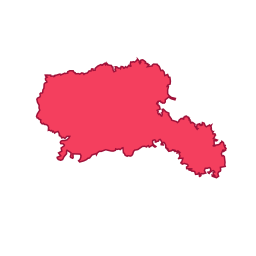 Jhenaidah, Khulna, Bangladesh, rotated 241°
{"feature_id": "16705992B77509092527129", "entity_name": "Jhenaidah", "entity_type": "district", "adm_level": 2, "iso_a3": "BGD", "parent_name": "Bangladesh", "parent_adm1": "Khulna", "projection": "albers", "projection_center": [89.072, 23.495], "detail": "fine", "context": "isolated", "style": "filled", "palette": "rose", "viewbox_px": 256, "rotation_deg": 241, "n_neighbors": 0, "source": "geoboundaries", "source_scale": "gbopen_adm2", "svg_char_len": 5883}
<svg xmlns="http://www.w3.org/2000/svg" viewBox="0 0 256 256"><g transform="rotate(241 128 128)"><path d="M59.1,162.4L59.3,163.2L57.6,165.2L54.7,164.6L53.7,166.9L54.4,167.7L54.3,168.4L53.0,168.2L51.4,167.1L50.8,167.3L51.0,168.7L52.2,169.3L52.6,169.9L51.6,171.3L50.9,174.2L53.7,174.1L55.3,176.0L54.3,177.8L54.0,179.9L52.9,180.5L51.3,180.1L49.9,178.4L50.6,176.5L49.5,176.6L48.9,177.0L49.5,177.9L49.6,181.1L49.2,182.2L47.5,182.5L47.7,180.9L46.3,180.2L44.2,180.7L44.5,179.5L45.9,178.7L45.0,178.3L41.6,181.3L41.9,183.9L44.5,184.4L45.6,185.9L45.5,187.9L46.3,188.7L48.8,189.7L47.3,194.4L48.8,194.7L50.9,196.2L56.3,198.4L57.6,198.0L57.9,196.8L60.2,197.1L62.4,199.9L61.4,200.1L62.0,201.0L61.2,201.0L61.4,202.8L62.2,202.9L62.5,203.8L63.5,203.7L63.7,203.3L64.9,203.5L65.4,204.5L65.7,204.5L65.8,203.6L69.0,204.4L70.9,203.6L70.1,202.7L70.3,201.7L69.6,200.9L69.5,199.1L70.6,196.2L70.2,195.9L70.5,194.4L71.1,194.0L71.4,195.2L75.2,197.1L73.8,199.3L74.1,200.3L77.3,197.5L78.2,199.3L79.3,200.4L79.4,201.1L80.7,201.2L81.6,199.5L83.0,199.9L83.5,200.8L83.8,200.1L87.0,200.1L87.2,200.7L89.5,201.5L90.1,202.3L90.0,200.9L91.1,200.8L91.1,197.1L92.5,196.6L95.3,196.9L96.7,195.7L95.2,194.4L94.7,194.6L94.8,193.0L95.3,192.7L95.6,193.4L96.4,192.1L97.0,192.6L97.5,190.1L96.5,189.4L96.2,188.5L95.5,189.0L95.8,188.7L94.3,188.0L93.6,188.8L93.3,187.9L97.4,187.4L98.8,188.4L101.6,187.2L101.9,185.5L103.3,186.0L103.4,185.5L104.7,186.0L105.1,185.6L105.3,186.1L106.1,185.7L106.8,186.3L107.2,185.7L108.1,186.1L109.1,185.1L110.0,185.0L110.5,183.7L110.1,183.3L110.4,182.5L109.7,181.7L109.9,181.2L109.0,180.9L110.6,179.1L110.0,176.4L109.1,175.6L108.8,173.9L110.0,173.6L113.7,170.0L115.0,170.3L120.0,169.8L120.1,170.4L121.3,170.9L123.7,169.1L127.4,168.0L127.7,166.9L125.6,166.5L124.9,164.9L123.2,164.6L122.1,163.3L122.6,162.8L124.2,162.9L124.6,162.1L125.1,162.4L124.9,161.6L125.7,161.4L126.9,161.4L127.6,162.3L129.3,162.1L129.0,165.3L131.9,166.1L132.5,165.7L132.5,166.3L133.0,165.4L134.0,165.6L135.3,164.8L135.9,165.5L135.5,166.6L136.4,166.6L136.7,167.3L135.8,169.4L134.3,169.4L133.9,170.2L133.1,170.2L132.2,171.9L132.7,173.2L134.6,174.3L135.3,178.5L132.6,180.0L129.9,182.7L130.9,183.8L133.6,180.8L136.3,179.6L138.7,179.3L142.1,181.1L144.6,183.5L145.3,183.3L145.5,182.5L146.2,183.4L146.0,186.1L148.4,187.8L152.0,189.2L152.7,188.2L155.6,188.6L156.0,185.6L159.5,186.7L161.8,186.3L162.2,184.6L166.5,185.1L168.1,184.8L168.7,184.2L169.6,184.4L171.5,181.3L171.3,179.9L170.6,179.2L172.2,174.8L173.1,177.0L174.3,176.1L174.8,176.4L175.4,175.4L176.5,175.2L176.5,174.7L177.5,175.4L180.1,174.2L180.7,173.6L181.1,172.2L180.4,171.3L179.4,171.1L178.6,169.7L179.9,169.6L180.8,170.3L183.3,169.8L182.7,169.6L183.2,168.6L182.6,167.4L182.5,165.5L183.5,164.7L183.6,163.5L184.4,162.5L182.7,160.8L180.8,160.6L180.9,159.9L182.4,159.1L181.3,156.4L182.9,155.5L182.2,154.1L182.3,153.3L184.1,153.2L185.1,151.8L183.6,150.2L184.2,150.1L185.0,148.6L186.9,147.8L187.7,146.5L185.9,146.0L185.8,145.1L183.9,145.0L184.0,143.0L185.8,143.0L188.7,144.3L189.3,143.6L190.7,143.8L192.6,141.3L193.9,141.0L193.4,140.7L194.3,140.3L194.2,139.8L195.2,140.1L194.5,139.0L195.8,139.1L195.7,136.5L195.3,136.2L195.6,135.4L196.6,135.1L196.8,131.5L196.0,128.1L194.5,127.3L195.3,125.5L196.7,126.0L197.3,124.8L195.8,123.2L196.8,121.7L195.8,119.2L196.6,116.2L196.3,115.5L197.7,115.3L198.6,114.2L198.5,111.9L199.5,111.2L200.8,108.6L201.3,108.2L201.9,108.6L203.7,107.5L204.6,107.8L206.3,104.9L206.4,102.6L205.3,102.0L206.1,99.5L206.6,99.2L207.0,94.9L207.7,95.0L208.3,94.2L209.0,90.5L209.5,89.8L209.3,88.8L208.8,88.8L208.9,88.1L209.4,88.2L210.7,85.7L211.7,86.0L214.4,81.3L213.4,81.1L211.7,81.9L211.6,80.1L211.2,79.7L209.9,79.2L208.3,79.6L207.4,79.2L207.6,77.2L207.1,76.0L203.5,73.7L202.6,72.1L200.4,70.5L200.3,69.5L200.9,68.5L200.6,67.6L198.6,66.9L197.9,65.9L198.0,63.3L197.3,62.2L194.4,61.3L190.9,61.3L188.7,59.9L186.4,59.5L184.3,55.6L182.5,53.6L180.7,53.5L180.4,54.3L178.6,54.5L177.6,55.7L175.4,54.4L173.5,54.8L172.9,55.5L173.0,56.4L171.7,56.6L170.4,58.4L168.7,59.1L166.7,58.7L165.5,57.7L164.8,57.9L164.5,57.4L164.1,58.4L163.1,58.8L162.8,60.0L161.1,60.1L161.3,61.1L159.1,61.4L159.4,62.7L158.9,65.1L155.8,65.1L155.6,64.6L154.5,64.3L153.6,65.2L151.3,65.3L151.3,66.7L149.5,67.8L150.3,70.6L148.9,73.0L147.9,71.5L147.2,68.9L147.6,66.9L148.9,64.4L149.0,63.1L148.4,61.9L147.0,61.6L145.5,63.7L143.9,64.1L143.4,63.6L142.9,59.8L139.9,58.9L139.9,55.2L136.3,55.7L136.7,51.8L135.7,51.5L134.2,51.8L132.4,53.5L132.1,55.5L133.9,58.1L135.3,61.8L137.6,63.1L138.1,63.9L134.1,66.1L132.6,65.4L130.9,63.6L129.9,63.7L128.4,64.9L128.6,65.6L132.1,67.3L128.4,73.5L126.7,73.5L125.2,72.5L123.7,70.8L123.3,68.9L121.7,69.3L120.7,73.4L120.5,76.6L121.0,78.0L120.4,79.9L121.9,83.5L121.1,87.6L119.9,87.4L121.1,89.2L121.5,91.5L120.5,93.3L119.8,98.0L116.0,102.2L114.9,104.1L114.6,106.2L115.7,107.1L114.6,108.0L114.0,110.0L112.9,110.7L113.4,113.3L113.2,114.0L108.6,112.0L107.5,112.5L105.5,112.3L103.7,113.6L103.9,114.5L102.3,116.5L102.1,117.7L102.6,119.1L104.8,121.5L105.4,123.1L104.4,126.1L104.9,131.6L103.9,133.8L102.4,135.1L102.8,135.8L102.7,137.3L101.0,137.3L101.2,141.0L98.5,142.1L98.1,142.9L98.3,143.5L100.3,142.4L102.7,142.1L104.8,143.2L105.1,143.9L104.7,145.7L103.9,145.9L102.5,145.1L102.1,145.6L102.3,146.4L101.8,148.2L102.7,149.7L102.3,150.7L98.8,150.8L98.0,149.2L97.3,148.9L96.1,150.6L98.1,150.9L98.2,152.2L97.7,152.7L94.7,152.7L92.4,151.4L91.9,152.1L91.0,151.9L90.7,152.7L89.2,152.5L89.3,152.1L87.8,152.4L87.0,154.9L87.3,156.4L86.5,156.7L86.6,157.3L85.4,157.5L85.9,158.0L85.5,158.4L84.8,158.1L83.9,158.8L83.5,160.0L84.0,159.4L83.7,160.6L82.0,161.3L82.7,159.4L82.3,158.9L81.4,161.2L80.1,160.1L78.5,160.0L77.2,158.5L76.7,156.9L76.4,158.6L74.9,161.3L72.3,158.6L72.3,157.8L71.8,157.3L71.1,158.0L70.1,157.9L69.7,160.1L67.4,162.3L66.4,162.5L65.6,162.0L65.5,160.3L64.0,159.6L61.0,164.6L62.5,161.5L62.2,161.1L61.8,161.0L60.0,162.8L59.5,163.0L59.1,162.4Z" fill="#f43f5e" stroke="#9f1239" stroke-width="1.5"/></g></svg>